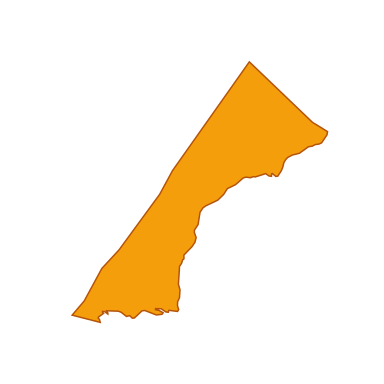 Tadjourah, Tadjourah, Djibouti, rotated 346°
{"feature_id": "41766387B13463549189785", "entity_name": "Tadjourah", "entity_type": "district", "adm_level": 2, "iso_a3": "DJI", "parent_name": "Djibouti", "parent_adm1": "Tadjourah", "projection": "albers", "projection_center": [42.755, 11.778], "detail": "fine", "context": "isolated", "style": "filled", "palette": "amber", "viewbox_px": 384, "rotation_deg": 346, "n_neighbors": 0, "source": "geoboundaries", "source_scale": "gbopen_adm2", "svg_char_len": 1291}
<svg xmlns="http://www.w3.org/2000/svg" viewBox="0 0 384 384"><g transform="rotate(346 192 192)"><path d="M279.1,79.6L178.3,166.5L160.0,186.5L107.2,230.5L86.0,244.4L61.1,271.6L45.9,282.5L71.4,296.3L71.4,293.3L70.5,291.7L71.0,290.7L76.8,288.4L76.1,287.4L76.3,286.2L78.4,287.0L80.8,290.1L81.1,289.1L80.4,286.6L91.6,289.8L94.1,291.5L94.6,292.1L98.3,296.9L101.6,296.9L103.6,300.0L105.6,300.3L114.8,295.2L117.6,295.6L127.7,302.7L133.3,303.4L134.8,302.2L131.2,298.8L128.1,297.4L128.4,296.3L132.3,297.4L133.8,297.8L137.7,302.1L139.9,302.9L140.9,301.2L149.1,304.4L150.6,302.9L150.4,298.8L151.5,295.0L154.3,291.5L156.7,283.9L156.5,278.1L160.6,265.4L161.9,261.1L164.7,258.6L166.4,255.7L168.0,254.9L168.9,251.2L178.7,245.1L182.7,241.5L185.0,237.2L184.5,231.7L185.1,229.6L190.0,225.1L194.9,213.6L198.7,210.1L201.9,208.8L215.1,206.1L222.0,202.1L227.2,197.2L230.5,196.6L236.0,195.4L245.0,190.8L247.8,190.6L252.3,192.3L255.2,191.9L257.0,192.7L267.9,192.0L270.6,195.1L272.9,196.0L273.6,193.7L274.4,193.5L277.1,197.2L279.0,197.4L283.8,193.0L286.2,189.7L288.2,185.8L290.8,183.2L293.1,181.7L293.7,181.5L298.4,180.4L304.8,180.4L305.6,180.4L315.8,176.3L320.0,176.6L322.8,175.8L326.9,176.2L329.6,175.7L336.8,169.2L338.1,166.2L325.7,153.5L279.1,79.6Z" fill="#f59e0b" stroke="#b45309" stroke-width="1.5"/></g></svg>